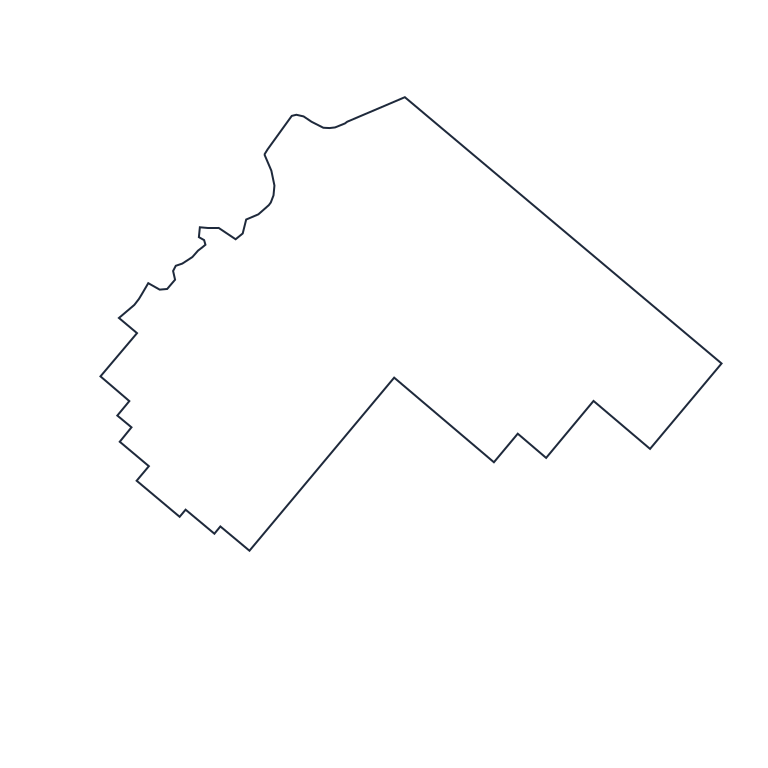 the district of Payette, Idaho, United States of America, rotated 40°
{"feature_id": "52423323B59144379329790", "entity_name": "Payette", "entity_type": "district", "adm_level": 2, "iso_a3": "USA", "parent_name": "United States of America", "parent_adm1": "Idaho", "projection": "albers", "projection_center": [-116.889, 43.973], "detail": "fine", "context": "isolated", "style": "outline", "palette": "slate", "viewbox_px": 768, "rotation_deg": 40, "n_neighbors": 0, "source": "geoboundaries", "source_scale": "gbopen_adm2", "svg_char_len": 921}
<svg xmlns="http://www.w3.org/2000/svg" viewBox="0 0 768 768"><g transform="rotate(40 384 384)"><path d="M138.5,503.8L162.1,503.8L161.9,560.4L199.9,560.8L200.0,579.6L218.4,579.5L218.7,598.1L256.7,598.1L256.7,617.1L312.8,617.1L312.8,607.8L350.3,607.7L350.2,598.3L388.1,598.2L387.7,372.6L518.5,373.3L518.4,336.1L555.7,336.4L555.4,262.3L629.5,262.7L629.4,151.3L215.6,150.9L187.2,206.8L186.6,209.5L181.6,218.9L177.7,223.0L172.8,226.7L159.9,229.7L150.4,230.7L143.8,234.1L141.0,237.9L144.0,279.0L144.8,284.5L145.4,285.3L160.6,293.0L172.5,302.4L178.1,310.5L180.6,317.7L180.8,321.0L178.7,334.8L172.7,346.6L179.0,359.5L177.3,368.5L157.1,370.7L148.8,377.7L142.2,382.3L147.8,390.5L153.7,389.4L157.7,392.1L157.1,395.4L155.8,401.4L155.6,409.9L152.1,421.4L148.5,427.3L149.8,433.0L156.9,438.4L156.8,450.6L151.5,455.9L138.6,458.3L140.7,470.6L141.6,476.4L141.9,483.9L138.5,503.8Z" fill="none" stroke="#1e293b" stroke-width="2"/></g></svg>